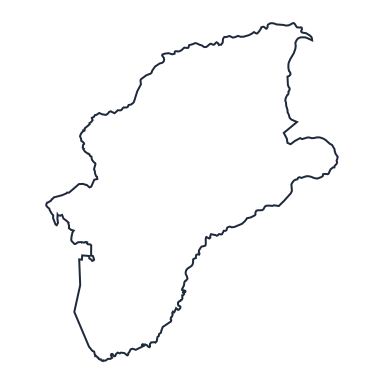 the district of Tonatico, México, Mexico, rotated 270°
{"feature_id": "50627088B30233935700687", "entity_name": "Tonatico", "entity_type": "district", "adm_level": 2, "iso_a3": "MEX", "parent_name": "Mexico", "parent_adm1": "México", "projection": "mercator", "projection_center": [-99.634, 18.777], "detail": "fine", "context": "isolated", "style": "outline", "palette": "slate", "viewbox_px": 384, "rotation_deg": 270, "n_neighbors": 0, "source": "geoboundaries", "source_scale": "gbopen_adm2", "svg_char_len": 5933}
<svg xmlns="http://www.w3.org/2000/svg" viewBox="0 0 384 384"><g transform="rotate(270 192 192)"><path d="M57.0,162.7L62.5,170.9L63.8,171.3L64.5,170.7L66.5,170.9L67.2,171.9L69.4,172.7L70.2,172.3L71.3,172.3L72.4,173.0L71.6,174.0L72.2,174.5L75.8,176.1L74.1,178.1L74.5,179.0L75.8,180.2L77.3,180.4L78.1,179.5L78.4,178.4L79.7,178.0L81.5,178.0L82.9,179.5L83.1,180.5L84.0,180.9L84.4,181.9L85.4,182.4L88.6,182.2L88.7,183.1L90.0,184.2L90.7,184.0L91.4,182.9L92.3,183.1L92.4,183.7L92.0,185.1L92.7,185.5L93.3,185.0L94.2,182.0L94.9,182.1L98.4,183.9L101.9,184.4L103.3,185.4L103.3,186.0L105.3,187.5L107.7,186.9L109.8,185.8L111.3,185.6L113.2,186.0L114.4,186.6L115.5,187.7L118.2,191.7L119.7,192.6L121.4,193.1L124.3,193.1L125.1,193.6L126.0,195.9L128.1,195.9L129.1,196.3L129.7,197.4L129.4,199.1L130.5,199.5L131.9,198.8L133.6,199.0L136.7,200.9L137.5,201.8L138.0,204.5L138.6,205.5L140.7,205.8L144.6,205.7L146.5,206.0L147.0,206.4L145.5,209.2L146.2,210.3L147.8,210.2L149.8,211.0L148.9,215.6L148.3,216.7L148.6,217.7L149.9,218.9L149.9,219.8L149.5,221.0L149.8,222.0L153.2,223.8L153.2,225.6L153.9,226.5L156.3,227.2L157.1,228.6L157.4,230.0L156.7,231.6L157.0,234.3L160.1,241.8L162.4,244.5L164.7,246.4L165.7,246.8L166.6,250.8L168.7,254.9L169.3,255.4L171.1,255.4L172.4,255.8L173.4,256.5L173.7,258.2L173.8,261.9L174.2,262.8L174.7,263.4L177.4,264.9L178.3,266.4L178.4,269.0L178.1,272.4L178.7,274.0L178.0,278.8L183.3,284.2L190.8,290.9L193.1,291.9L199.5,291.4L200.9,292.0L203.4,293.9L204.4,295.7L204.6,297.3L206.1,298.0L206.8,299.4L206.1,301.5L207.7,306.0L207.8,308.4L207.2,311.2L206.0,314.0L205.4,317.2L207.0,321.5L208.0,322.8L209.8,323.1L210.1,325.2L209.8,327.6L210.2,328.5L214.6,330.5L216.6,333.0L216.6,334.4L218.2,334.7L220.0,336.5L221.5,337.1L223.5,336.6L224.5,337.1L227.2,337.7L230.0,335.7L232.6,334.8L234.8,334.5L239.0,332.1L240.3,329.7L244.1,325.5L245.4,323.3L246.6,319.7L246.6,316.6L246.0,314.4L245.8,311.8L246.4,309.8L246.6,307.8L244.9,302.1L245.9,300.2L243.2,295.1L239.8,290.6L241.1,287.5L245.4,286.8L251.1,283.8L262.0,297.0L264.4,291.4L266.1,289.7L269.6,288.7L271.9,287.5L273.6,287.6L278.3,286.2L281.5,286.0L282.9,285.4L284.7,285.4L286.5,286.0L288.9,287.2L289.5,288.1L291.3,288.6L292.2,288.4L294.2,289.6L295.8,289.6L296.7,288.8L299.1,287.9L307.4,287.5L308.1,289.3L309.6,290.5L311.5,290.2L313.1,289.0L315.9,288.4L319.4,288.4L321.5,288.8L324.9,290.3L331.0,293.9L335.4,295.4L337.7,295.7L341.3,295.4L344.0,296.7L345.5,298.0L346.7,300.6L346.7,304.2L346.4,306.1L343.7,312.1L346.1,311.8L347.3,311.2L348.8,309.4L350.8,306.1L351.4,302.4L351.8,301.6L352.8,301.1L354.9,302.0L356.3,301.7L356.7,300.8L356.4,299.6L356.8,296.8L360.4,294.5L360.8,293.8L361.0,293.3L358.7,288.8L358.4,286.3L359.1,283.0L359.6,276.5L360.5,274.1L360.8,272.1L360.7,270.2L359.3,268.0L358.4,267.6L356.5,267.5L355.3,266.6L355.3,266.1L356.9,264.3L357.3,263.3L356.7,261.3L355.9,261.2L352.9,259.3L350.6,257.3L350.5,256.4L351.9,253.9L350.3,251.8L348.8,248.8L347.3,243.5L347.2,240.6L348.1,238.1L346.8,234.8L346.4,232.9L348.0,229.5L347.0,226.3L347.1,224.7L346.8,224.1L345.6,223.3L344.9,223.0L341.4,222.7L339.2,221.0L339.4,219.4L339.0,218.9L341.0,217.8L341.7,216.6L341.0,215.6L339.6,214.5L339.2,213.3L340.3,210.8L339.8,209.7L337.1,206.5L336.9,204.4L337.6,203.1L338.5,202.1L339.2,199.6L340.5,197.1L340.9,195.0L339.8,192.7L338.9,189.2L336.6,188.5L336.1,188.1L336.1,186.0L336.4,184.3L333.7,181.4L332.7,179.3L332.5,177.9L332.8,176.5L332.7,175.3L332.2,174.8L330.2,174.5L329.7,172.2L330.8,168.6L330.4,164.9L329.5,162.5L328.5,162.1L325.8,164.0L324.1,164.1L322.8,163.8L321.9,163.1L321.1,162.0L320.5,159.6L317.4,155.0L313.3,152.2L311.4,151.6L310.5,150.8L308.6,146.1L304.6,140.8L303.5,140.5L299.6,140.9L292.8,137.3L282.3,134.0L281.2,133.3L279.5,131.1L279.0,128.6L277.3,127.9L276.7,127.1L276.4,124.7L276.6,123.7L276.1,123.0L274.0,121.4L273.6,120.2L273.8,117.9L270.8,114.6L272.0,111.9L272.6,111.2L272.6,110.4L272.0,109.1L270.4,107.9L269.1,106.0L269.7,102.2L271.0,99.2L269.1,96.4L268.9,94.9L267.2,94.0L266.1,91.8L263.8,92.6L262.0,91.2L260.8,89.4L259.7,89.6L255.6,84.7L254.3,84.7L253.8,83.5L253.2,84.1L252.3,82.5L250.3,81.0L247.8,80.0L245.1,81.1L243.2,81.3L242.4,82.5L240.7,84.1L240.0,84.1L239.1,83.1L236.9,82.8L236.4,82.7L235.4,83.7L235.1,83.3L234.6,83.4L232.4,85.0L230.4,87.8L230.4,88.4L229.9,88.6L229.7,89.4L228.0,90.1L227.5,91.4L224.9,91.8L223.7,92.3L221.5,94.2L221.0,95.0L220.0,95.5L214.8,94.0L213.2,94.7L210.5,95.1L208.0,96.0L207.2,97.0L205.0,97.3L204.3,94.3L197.3,91.2L196.6,89.5L199.2,86.5L199.2,85.4L200.1,83.2L199.9,78.9L191.4,69.1L191.4,67.0L190.8,66.7L188.8,62.2L186.6,53.8L185.2,52.6L184.8,51.7L183.5,51.2L181.6,48.1L181.4,47.1L179.8,46.3L178.4,46.3L177.0,47.3L175.4,49.3L173.9,49.7L170.3,51.7L168.7,53.2L165.8,53.1L159.6,55.5L158.8,56.7L161.2,58.0L165.2,57.4L169.3,57.6L168.8,57.9L168.3,60.2L169.1,62.1L165.4,63.5L163.7,65.9L161.3,68.6L160.6,68.3L158.1,69.1L155.8,68.9L154.1,71.2L153.4,73.7L151.6,72.5L147.8,71.6L144.0,71.2L142.9,71.7L140.0,74.5L140.1,75.6L141.7,77.9L141.9,81.3L141.5,81.7L141.7,82.1L141.4,84.3L142.0,85.4L142.0,86.4L141.6,87.2L140.8,86.8L140.2,87.3L139.7,88.0L139.7,90.0L138.7,91.2L128.4,91.1L128.1,92.6L127.8,93.0L124.4,94.1L123.7,93.7L123.1,92.2L123.9,91.8L125.6,89.3L128.0,89.2L128.6,82.2L124.3,81.9L124.6,79.2L98.9,80.2L72.1,74.3L37.3,89.0L33.1,92.4L32.4,94.1L28.0,95.2L28.4,95.8L26.1,98.0L26.2,98.4L24.9,99.0L24.6,99.6L24.6,100.9L24.1,101.0L23.3,101.9L23.5,102.3L23.0,103.0L23.6,103.5L23.3,104.7L23.5,105.7L25.2,108.1L25.1,110.3L26.2,112.1L28.7,110.9L29.9,111.3L30.1,112.1L29.7,112.8L28.9,113.1L27.7,114.1L27.8,114.8L28.0,115.3L29.9,115.9L31.4,117.7L30.6,119.8L31.3,120.8L31.3,121.5L30.9,124.4L28.7,127.1L28.7,127.6L29.5,128.2L30.6,128.2L32.1,129.4L34.6,130.6L35.3,132.5L34.2,135.8L37.7,142.9L37.9,141.9L39.3,142.0L39.8,142.7L39.4,144.2L39.6,145.1L38.9,146.7L37.0,148.7L36.8,149.4L37.4,150.0L39.9,149.9L41.6,151.2L41.8,154.8L41.4,155.3L42.0,156.1L42.8,156.7L47.1,157.5L48.0,158.8L49.8,159.0L51.5,161.1L52.9,161.2L57.0,162.7Z" fill="none" stroke="#1e293b" stroke-width="2"/></g></svg>